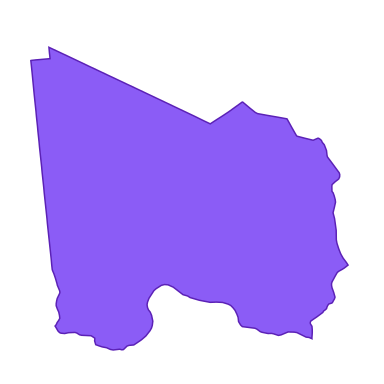 outline of Libya, rotated 175°
{"feature_id": "LBY", "entity_name": "Libya", "entity_type": "country or territory", "adm_level": 0, "iso_a3": "LBY", "parent_name": "Africa", "parent_adm1": "", "projection": "natural_earth1", "projection_center": [17.634, 26.339], "detail": "fine", "context": "isolated", "style": "filled", "palette": "violet", "viewbox_px": 384, "rotation_deg": 175, "n_neighbors": 0, "source": "natural_earth", "source_scale": "50m", "svg_char_len": 3004}
<svg xmlns="http://www.w3.org/2000/svg" viewBox="0 0 384 384"><g transform="rotate(175 192 192)"><path d="M46.9,103.0L49.2,101.8L52.4,100.4L54.0,99.4L54.8,98.5L57.2,95.0L58.5,93.0L60.3,90.3L61.0,88.5L61.1,86.7L60.9,84.6L59.6,79.6L58.7,74.8L59.5,72.9L60.2,72.0L61.7,69.7L62.3,69.2L65.5,68.5L66.8,67.0L67.8,65.1L68.1,64.1L69.5,63.0L71.2,62.0L72.2,60.6L75.6,58.5L78.7,56.6L82.3,54.6L85.0,53.0L85.6,51.6L85.6,50.5L84.2,47.8L84.2,44.6L84.4,41.9L84.6,40.4L85.3,36.0L85.3,35.4L88.1,36.9L91.0,37.5L99.7,42.8L102.4,43.5L108.5,44.2L115.7,41.9L118.4,41.6L123.1,43.6L125.1,44.2L128.6,44.4L134.6,46.2L136.1,46.9L139.5,49.9L141.2,50.8L153.6,53.5L155.2,55.3L156.9,58.8L157.0,63.1L157.9,66.3L159.4,70.3L161.3,73.2L163.3,75.6L165.7,77.1L171.1,79.3L177.3,80.2L183.5,80.5L194.1,83.5L203.1,87.0L205.4,88.8L209.9,90.5L218.9,98.8L223.9,101.6L227.4,102.2L230.6,101.7L236.2,98.8L238.5,97.1L244.1,89.9L245.9,86.2L246.6,83.6L246.4,80.9L245.7,78.5L244.1,76.0L243.0,72.6L242.3,66.7L243.2,62.5L244.2,60.0L245.9,57.5L250.5,52.6L255.2,49.2L263.3,44.7L268.1,44.7L270.1,44.2L274.0,41.0L275.6,40.9L277.8,41.7L284.3,41.5L287.1,42.3L290.6,44.3L294.9,45.5L298.0,46.8L301.2,48.3L302.0,52.2L301.7,53.4L301.6,54.9L305.0,57.6L314.6,58.9L316.5,59.6L319.1,61.6L320.8,62.3L327.4,62.6L331.2,62.1L334.9,62.8L336.2,63.5L337.6,65.2L339.4,69.1L340.1,70.4L339.4,71.0L338.4,72.4L337.8,73.6L336.1,75.6L334.7,77.7L334.8,80.8L335.2,84.0L336.3,87.1L337.2,90.5L337.0,92.7L336.3,95.5L335.5,97.8L332.7,102.5L332.3,103.7L332.5,105.3L334.3,110.9L334.5,112.6L335.6,118.1L336.7,122.6L337.8,126.0L338.0,127.0L338.1,132.1L338.1,137.3L338.2,142.4L338.3,147.6L338.4,152.7L338.5,157.9L338.6,163.0L338.7,168.1L338.8,173.3L338.8,178.4L338.9,183.6L339.0,188.7L339.1,193.8L339.2,199.0L339.3,204.1L339.3,209.3L339.4,214.4L339.5,219.5L339.6,224.7L339.6,229.8L339.7,235.0L339.8,240.1L339.9,245.2L340.0,250.4L340.0,255.5L340.1,260.6L340.2,265.8L340.2,270.9L340.3,276.1L340.4,281.2L340.4,286.3L340.5,291.5L340.7,302.8L340.8,314.2L340.9,325.6L341.1,337.0L340.9,337.1L336.1,337.2L331.3,337.2L326.6,337.2L321.8,337.2L321.8,340.0L321.9,342.9L321.9,345.7L321.9,348.6L312.6,343.2L303.3,337.8L294.1,332.4L284.8,326.9L275.5,321.5L266.3,316.1L257.0,310.7L247.8,305.3L238.5,299.9L229.3,294.5L220.1,289.1L210.9,283.7L201.7,278.3L192.5,272.9L183.3,267.5L174.2,262.0L167.9,258.3L161.0,262.0L155.6,264.8L148.6,268.6L140.4,273.5L134.2,277.2L133.9,277.2L133.6,277.1L127.2,270.7L122.1,265.8L119.9,264.4L110.4,261.8L100.9,259.3L91.0,256.6L89.2,252.6L87.2,248.1L84.6,242.4L83.0,239.0L82.4,238.4L74.8,235.7L66.8,233.0L62.0,234.6L61.2,234.5L59.9,233.5L58.6,232.1L57.9,230.1L56.1,227.5L54.4,221.6L54.3,216.8L54.0,215.1L49.9,208.5L46.2,202.4L43.7,198.3L43.3,196.5L43.6,194.2L44.7,192.2L48.4,189.8L51.8,187.2L52.2,185.4L52.5,180.4L51.5,178.9L50.7,175.9L50.0,171.9L49.9,169.4L51.5,164.3L53.3,159.0L52.3,153.1L51.7,141.2L52.4,131.9L52.1,128.5L51.8,127.1L50.8,122.7L49.5,118.2L48.9,116.6L47.2,112.9L44.4,108.4L42.9,105.6L45.0,104.2L46.9,103.0Z" fill="#8b5cf6" stroke="#5b21b6" stroke-width="1.5"/></g></svg>